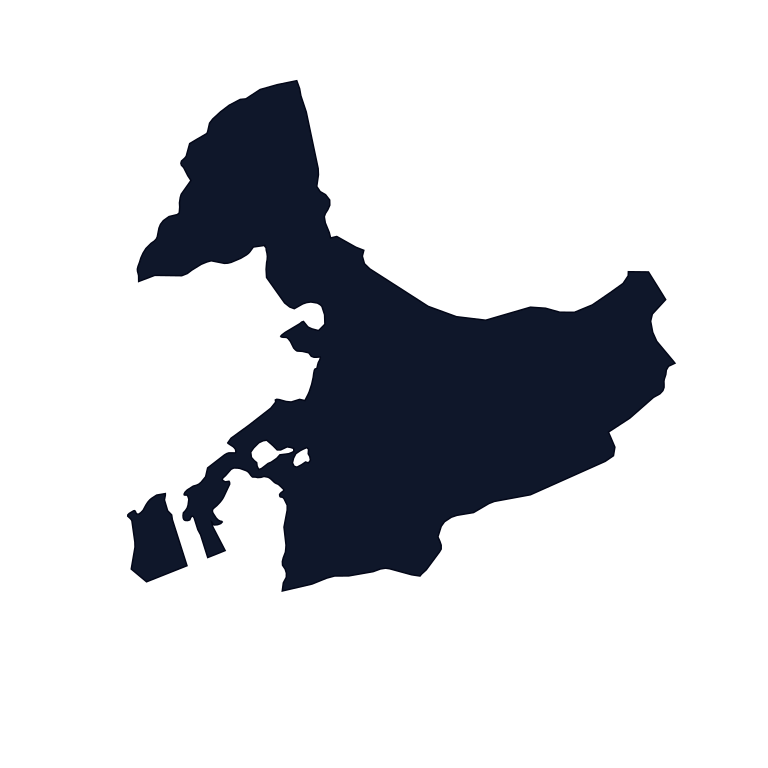 the border of Vaud, rotated 198°
{"feature_id": "CHE-3422", "entity_name": "Vaud", "entity_type": "Canton", "adm_level": 1, "iso_a3": "CHE", "parent_name": "Switzerland", "parent_adm1": "", "projection": "orthographic", "projection_center": [6.845, 46.59], "detail": "fine", "context": "isolated", "style": "filled", "palette": "ink", "viewbox_px": 768, "rotation_deg": 198, "n_neighbors": 0, "source": "natural_earth", "source_scale": "10m", "svg_char_len": 5178}
<svg xmlns="http://www.w3.org/2000/svg" viewBox="0 0 768 768"><g transform="rotate(198 384 384)"><path d="M142.2,551.3L150.4,533.4L149.8,526.1L144.4,516.2L137.8,508.9L115.8,495.1L113.7,493.7L118.9,488.8L119.8,484.5L118.9,480.1L118.9,475.1L118.6,473.1L117.6,470.4L116.6,467.3L116.7,463.9L118.5,460.0L123.6,454.5L139.6,427.6L155.7,407.6L152.2,403.7L144.9,395.3L143.6,386.7L149.7,378.8L210.5,323.9L242.8,306.4L247.3,302.7L259.1,289.4L274.1,281.6L278.8,278.1L283.9,271.7L285.6,266.3L285.5,255.3L282.2,251.6L279.8,248.4L278.6,244.7L279.3,241.5L286.4,220.3L289.6,214.7L290.4,212.5L298.7,211.1L321.7,210.0L325.6,209.3L330.2,207.0L336.3,202.2L358.2,190.6L371.7,186.1L378.6,181.6L390.5,171.6L416.8,155.7L418.3,163.8L417.2,170.0L418.4,174.0L420.8,177.4L424.5,180.3L425.8,183.7L426.1,187.4L425.8,193.6L426.7,197.8L427.4,200.5L434.9,217.0L437.1,234.1L438.6,238.8L443.6,244.0L444.8,244.7L445.8,244.9L447.7,244.6L448.4,245.1L449.1,246.4L448.9,247.7L448.1,249.2L446.9,250.7L446.5,252.2L447.1,252.9L452.7,255.6L454.1,256.0L455.8,256.1L457.7,256.5L462.5,258.8L464.5,259.4L465.9,259.5L469.6,259.0L472.2,257.2L475.2,256.0L477.3,255.8L480.4,254.9L482.3,255.9L484.6,257.6L486.7,258.7L488.6,259.0L494.9,259.2L497.2,258.8L500.7,257.8L501.7,257.0L503.1,255.6L506.4,247.9L508.2,244.8L508.3,243.3L507.5,242.4L504.7,241.9L501.4,243.6L500.5,242.8L499.8,241.1L501.5,227.6L501.9,225.4L502.5,223.3L503.3,221.1L505.3,216.9L508.0,212.5L508.1,210.3L506.8,208.4L502.1,204.6L499.5,203.3L497.4,203.0L495.8,203.2L495.2,202.8L496.1,200.9L497.4,199.8L498.9,198.7L501.8,197.5L502.7,197.6L503.7,198.2L504.8,199.4L505.5,199.7L504.1,197.3L502.6,195.2L483.6,176.5L498.0,164.5L511.9,184.0L513.3,185.3L516.0,187.9L523.2,198.0L524.5,199.0L525.5,199.1L526.0,198.6L526.5,197.4L526.6,196.3L526.7,194.9L527.5,194.1L528.7,193.4L530.3,192.9L531.6,192.9L532.5,193.3L533.6,194.6L534.5,196.8L535.0,199.5L533.7,202.3L532.9,205.2L532.9,208.2L534.0,214.1L535.7,216.5L537.0,217.5L539.1,216.8L539.7,216.8L540.1,217.5L539.8,219.6L538.4,222.4L533.9,227.9L531.2,229.7L529.2,231.5L527.6,234.0L525.0,240.7L525.8,249.7L513.8,267.3L512.0,269.3L510.2,270.6L504.4,272.4L503.8,273.5L505.0,275.9L506.7,277.1L508.2,277.8L513.9,279.3L514.4,279.7L512.7,285.2L499.7,303.1L484.2,326.0L481.7,332.6L481.5,333.5L482.1,334.6L482.4,335.3L481.3,336.3L478.8,336.8L471.8,337.1L466.7,338.2L459.5,343.3L454.1,343.8L453.0,350.6L452.7,353.6L452.7,361.3L453.4,368.5L454.1,372.2L454.5,375.6L454.2,377.0L453.1,377.7L452.7,378.3L452.8,379.8L453.0,381.6L453.1,384.1L452.6,386.9L452.6,389.2L453.1,390.0L456.9,388.4L459.0,387.8L461.7,387.9L465.2,390.4L471.8,389.8L476.9,388.5L478.6,389.0L481.0,390.3L486.1,395.5L489.2,397.6L491.1,398.2L494.6,397.2L496.3,397.0L497.0,397.5L496.2,399.3L493.8,402.7L482.6,415.5L481.4,417.5L479.9,418.6L474.4,415.0L473.3,414.6L469.6,414.2L463.7,414.5L462.6,414.8L458.7,422.6L461.9,431.5L467.0,438.6L468.9,439.6L472.3,440.4L478.9,439.4L482.8,437.5L486.0,435.1L492.6,427.9L497.4,428.1L503.6,430.4L528.6,449.0L531.6,456.7L533.2,463.4L533.5,466.0L534.4,469.4L535.8,472.4L537.3,474.8L538.3,477.2L539.8,478.0L540.2,479.0L550.6,473.9L552.5,468.1L553.3,466.4L554.7,464.3L559.1,459.3L566.9,452.5L569.8,450.7L573.1,449.4L586.4,447.8L590.2,445.3L594.9,441.3L602.0,432.9L605.2,428.3L609.8,424.5L635.6,416.5L649.0,405.7L650.9,411.3L652.0,413.1L653.3,415.1L654.1,417.1L654.3,419.9L654.1,424.5L654.2,428.7L653.6,434.1L652.3,439.3L649.0,445.8L646.6,449.0L645.4,451.5L645.1,453.9L646.2,462.8L645.9,466.8L644.3,471.3L640.2,476.8L632.9,481.3L631.6,483.5L633.0,489.2L634.5,493.1L635.4,498.4L635.5,501.8L630.5,517.9L634.9,521.4L641.5,528.0L644.2,529.4L645.4,531.2L645.5,533.5L643.4,537.1L642.5,539.4L643.1,552.6L637.6,558.9L629.9,567.5L629.7,569.5L630.5,578.2L628.8,583.1L623.5,592.5L617.3,601.4L608.7,610.2L603.5,612.5L592.8,625.8L578.0,635.7L560.7,645.5L555.5,638.8L552.1,632.4L542.0,618.7L513.2,568.6L511.0,562.7L509.0,551.1L504.2,547.3L498.1,546.0L492.5,542.2L490.8,537.3L491.3,532.4L492.4,528.1L492.5,524.7L489.6,519.1L482.9,511.2L479.9,506.4L474.5,509.7L453.0,505.4L444.5,504.9L444.1,498.9L439.8,492.4L433.1,489.1L366.0,471.5L335.9,470.4L307.0,476.1L268.5,502.3L253.8,506.0L239.0,506.6L225.1,511.0L210.3,523.6L197.3,540.5L187.7,553.5L185.2,562.4L186.3,566.3L167.1,572.3L146.5,555.0L142.2,551.3ZM478.2,294.3L481.5,292.6L484.9,289.4L488.2,282.9L489.7,278.0L487.4,273.2L483.7,271.0L480.8,269.9L479.3,266.7L476.7,264.0L474.5,265.6L472.6,268.3L469.7,272.6L467.1,274.8L463.0,280.2L461.1,284.5L456.3,286.7L453.0,288.3L450.4,290.5L448.9,292.1L450.0,294.8L453.0,294.8L456.7,294.3L461.9,289.4L465.2,288.3L470.4,291.0L474.1,292.6L478.2,294.3ZM437.8,299.7L440.8,297.0L443.0,294.8L446.3,290.5L447.1,285.6L446.7,280.7L444.1,278.0L441.1,278.0L437.4,281.8L434.5,285.6L431.5,285.6L430.4,288.8L432.2,292.1L434.5,294.2L435.6,298.6L437.8,299.7ZM548.7,122.5L567.2,129.9L570.4,151.9L572.1,156.7L581.5,176.0L582.6,177.0L584.2,177.9L586.9,179.1L587.2,180.4L586.3,182.2L583.0,186.0L582.0,186.5L581.1,186.0L579.8,184.5L578.7,184.0L577.2,184.3L575.5,186.5L574.1,189.4L573.0,195.4L572.1,198.7L570.9,201.5L569.7,203.4L565.9,208.1L558.1,212.2L557.6,210.7L557.0,205.9L550.6,196.6L545.5,193.9L543.3,189.5L515.2,150.3L548.7,122.5Z" fill="#0f172a" stroke="#020617" stroke-width="1.5"/></g></svg>